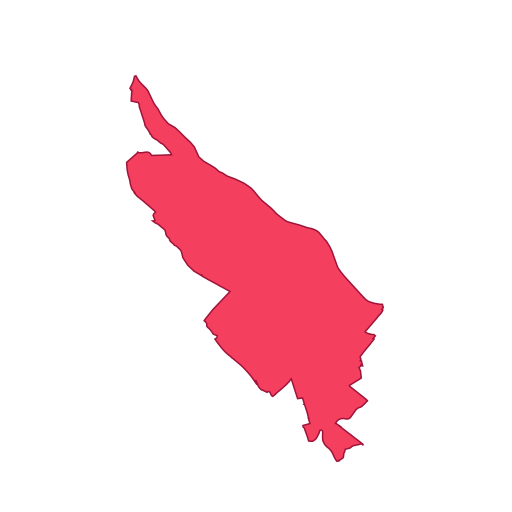 Molenlanden, Zuid-Holland, Netherlands, rotated 57°
{"feature_id": "6326949B33496836807668", "entity_name": "Molenlanden", "entity_type": "district", "adm_level": 2, "iso_a3": "NLD", "parent_name": "Netherlands", "parent_adm1": "Zuid-Holland", "projection": "equal_earth", "projection_center": [4.856, 51.891], "detail": "fine", "context": "isolated", "style": "filled", "palette": "rose", "viewbox_px": 512, "rotation_deg": 57, "n_neighbors": 0, "source": "geoboundaries", "source_scale": "gbopen_adm2", "svg_char_len": 5991}
<svg xmlns="http://www.w3.org/2000/svg" viewBox="0 0 512 512"><g transform="rotate(57 256 256)"><path d="M315.9,193.5L311.1,193.7L308.3,193.3L298.4,190.9L296.4,190.4L293.9,189.8L291.1,189.4L287.4,189.0L282.0,188.9L278.2,189.6L276.3,189.7L270.7,190.4L268.9,190.9L267.3,191.7L265.7,192.6L264.4,193.6L263.1,194.6L260.7,197.1L259.4,198.2L253.9,202.5L246.3,209.3L245.0,210.4L243.6,211.4L242.1,212.2L240.2,212.9L233.4,215.3L231.6,215.8L227.8,216.5L224.0,217.3L215.4,220.0L211.4,221.1L209.6,221.4L200.0,222.5L196.3,223.2L192.9,224.5L188.5,226.4L186.0,227.9L180.5,231.3L173.3,236.6L171.7,237.4L168.2,238.9L166.7,239.9L165.3,240.9L163.4,241.5L161.6,241.9L159.8,242.5L151.7,246.4L148.2,248.2L141.7,250.0L140.0,249.7L130.9,248.3L124.9,249.1L117.3,251.0L109.8,252.6L104.4,253.9L97.5,257.4L96.6,257.6L91.1,258.5L87.1,258.7L85.2,258.6L79.3,258.1L77.2,258.3L73.7,258.5L69.9,258.2L58.9,256.7L57.7,256.7L54.7,257.1L48.7,258.4L47.2,258.6L45.7,258.8L42.6,258.8L41.0,258.7L39.5,258.6L39.1,260.0L41.3,262.3L43.1,264.3L43.8,265.4L45.1,267.5L46.7,270.4L48.5,270.0L48.6,270.3L49.2,269.7L58.0,276.3L63.2,271.2L63.4,271.1L66.1,271.7L66.7,272.4L68.4,272.9L73.1,274.1L76.2,275.0L80.9,276.2L84.9,277.4L85.1,277.6L85.9,277.9L86.6,278.0L87.4,278.1L90.6,277.9L93.3,277.9L96.1,278.3L96.3,278.3L96.6,277.9L99.4,278.2L101.4,277.6L103.5,276.6L104.8,275.8L109.5,274.4L110.8,273.5L111.9,273.0L116.1,272.3L118.5,272.0L122.0,271.5L124.1,271.4L125.1,271.7L119.1,281.8L114.7,288.9L113.8,288.8L112.6,288.8L111.4,289.2L110.5,289.7L109.8,290.4L109.2,291.3L108.5,292.6L107.3,295.3L106.1,297.3L105.6,297.9L104.4,298.6L104.9,299.5L105.0,299.7L107.0,313.5L112.8,316.7L114.2,317.4L117.5,318.7L119.0,319.3L120.1,319.5L124.5,320.9L125.3,321.4L126.1,321.7L128.1,322.5L130.6,323.2L132.0,323.5L133.1,323.6L137.0,323.1L136.9,323.7L141.1,323.1L147.8,320.9L158.8,317.7L163.1,316.5L164.4,316.3L165.0,318.8L165.1,319.0L165.9,320.1L166.2,320.3L167.5,320.5L168.9,320.9L170.4,321.1L171.0,321.3L171.1,321.8L171.1,322.0L170.3,323.6L173.0,322.6L174.0,322.1L175.1,321.3L176.7,320.6L179.8,319.7L181.7,319.0L184.5,318.3L186.3,318.7L187.9,319.3L188.6,319.7L189.9,319.9L191.4,319.9L194.2,319.2L194.5,319.3L195.5,319.7L197.1,319.8L199.7,319.1L200.4,318.9L201.2,318.6L202.6,318.6L203.9,317.6L204.2,317.4L208.4,316.4L210.4,316.0L212.2,316.4L215.2,317.4L216.1,317.6L216.3,317.7L216.8,318.1L217.3,318.2L220.2,318.3L225.1,318.2L226.4,318.3L228.9,317.7L233.4,316.6L234.3,316.4L234.7,316.4L235.1,316.2L238.4,314.5L242.5,312.5L242.2,311.9L242.8,311.7L243.9,312.0L245.8,311.0L248.1,309.7L249.1,309.3L258.2,304.3L261.9,302.4L265.8,300.2L267.8,299.2L271.6,297.1L277.5,321.6L281.1,332.4L281.6,333.6L281.8,334.3L282.0,334.6L282.1,334.8L282.8,334.5L283.4,334.3L284.4,334.1L285.4,334.1L286.1,334.3L287.8,335.3L288.3,335.5L288.9,335.5L289.5,335.4L291.6,334.8L293.5,334.5L295.4,334.3L298.1,334.4L298.4,334.3L299.0,333.9L301.7,331.9L303.0,333.0L303.3,333.9L303.3,335.7L309.2,335.4L312.5,335.1L315.4,334.8L319.1,334.2L320.9,333.8L324.9,332.7L325.2,332.4L326.0,332.1L327.6,331.9L329.5,331.2L337.5,328.7L340.7,327.8L345.1,326.9L350.0,326.1L354.3,325.6L356.5,325.5L357.9,325.5L358.0,325.4L363.8,325.3L363.8,325.2L363.7,325.2L363.3,324.9L360.4,324.2L360.6,323.9L362.2,324.3L362.7,324.4L363.7,324.4L363.7,324.5L366.4,325.0L368.0,325.0L369.4,324.8L370.2,324.6L371.6,324.1L371.7,323.7L372.2,323.5L376.3,321.0L376.4,320.8L376.2,320.2L376.3,319.7L376.4,319.3L376.6,319.2L376.8,319.1L377.0,318.9L377.5,318.7L378.2,318.6L378.8,318.6L380.2,318.9L381.5,319.0L382.0,318.8L382.8,318.5L382.6,314.8L382.3,314.7L381.9,311.6L381.8,310.6L381.5,307.9L380.3,300.2L379.9,299.0L379.6,297.3L379.3,296.5L378.2,293.3L388.7,296.2L398.3,298.8L400.4,294.3L404.6,295.5L404.8,295.5L406.2,296.1L406.3,296.3L406.4,296.0L414.7,298.2L417.7,299.2L420.6,300.1L420.4,300.4L425.9,302.0L423.7,309.0L425.6,309.4L425.6,309.5L426.4,309.2L435.4,311.3L439.8,312.6L440.7,311.7L441.2,311.0L441.8,310.1L442.1,309.5L442.3,308.5L442.1,306.0L442.0,305.4L441.8,304.8L440.7,302.7L439.1,299.9L438.3,298.9L437.4,297.8L437.1,297.3L437.1,296.9L437.2,296.6L437.4,296.3L437.7,296.0L438.2,295.7L438.9,295.6L439.3,295.6L439.6,295.8L440.8,296.5L444.5,299.1L446.8,300.3L447.8,300.6L448.9,300.8L451.1,301.0L453.8,300.7L455.0,300.4L456.7,299.8L457.8,299.5L459.2,299.3L460.3,299.2L462.8,299.2L467.3,299.9L470.7,300.1L472.2,300.0L472.9,298.3L472.6,298.1L472.8,297.8L472.4,297.8L472.5,297.8L472.8,297.7L472.8,297.1L472.7,297.1L472.8,293.6L472.7,293.1L472.4,292.5L471.4,291.4L470.8,291.0L469.1,289.6L468.9,289.3L468.8,288.7L468.5,288.4L468.2,288.0L467.1,286.9L466.8,286.6L466.7,286.3L466.8,285.9L467.2,285.0L467.4,284.1L467.7,283.5L467.8,283.2L467.9,282.8L468.0,282.7L468.2,282.0L468.2,280.5L468.0,279.9L467.9,279.0L468.3,276.9L468.8,276.0L468.8,275.7L469.0,275.0L469.7,273.7L469.9,273.2L470.3,271.9L470.7,270.5L470.9,270.1L471.4,269.6L472.6,269.3L472.3,268.8L468.7,270.0L444.9,278.4L445.0,278.0L440.2,280.0L440.1,280.3L439.6,280.5L438.7,278.3L438.4,277.0L438.3,275.7L438.4,274.5L438.9,272.9L439.6,271.7L440.2,270.8L441.8,269.1L442.4,268.3L442.7,267.6L442.9,266.9L443.0,265.6L442.7,264.3L440.9,259.9L440.6,258.8L439.7,256.9L439.3,255.3L439.1,253.9L439.1,253.3L439.2,252.5L439.7,250.6L439.7,249.0L439.2,246.0L438.7,243.8L438.5,243.6L438.2,241.5L437.6,241.5L437.6,241.4L435.6,241.9L416.8,248.2L416.4,248.4L415.9,248.3L415.4,248.2L415.7,236.5L415.7,234.3L415.2,233.9L409.4,231.0L405.5,230.3L405.5,228.1L404.6,227.4L406.2,226.4L405.7,226.2L401.8,224.9L401.5,224.7L400.8,225.7L399.9,224.5L399.6,224.1L397.7,223.9L397.2,223.6L394.7,216.7L392.2,208.6L390.0,202.3L389.9,202.1L388.9,202.7L388.0,199.4L386.1,199.9L385.8,200.3L385.3,201.1L385.0,201.5L384.0,202.5L383.2,203.0L382.3,204.1L381.2,204.7L380.7,205.1L380.2,205.4L379.0,205.8L373.8,188.1L373.4,187.2L372.0,182.0L371.5,180.9L370.7,179.4L370.3,179.1L370.0,178.9L369.3,179.4L369.2,179.2L368.8,178.2L368.6,177.3L365.3,176.3L364.2,178.0L363.4,179.0L360.0,182.6L357.7,184.6L356.5,185.6L354.7,186.7L352.2,187.7L346.4,188.8L321.5,192.9L315.9,193.5Z" fill="#f43f5e" stroke="#9f1239" stroke-width="1.5"/></g></svg>